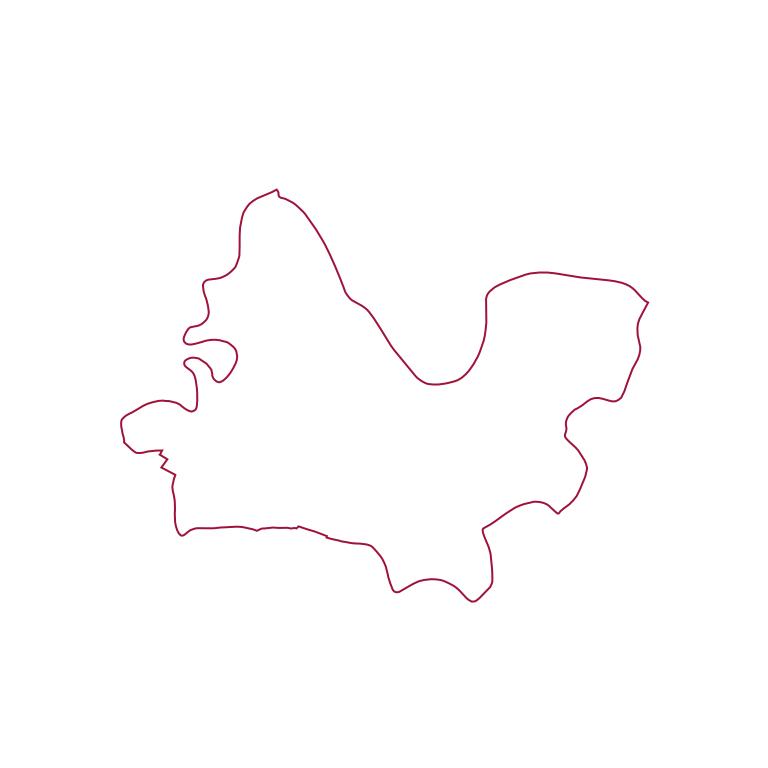 Vinh Bao, Hải Phòng, Vietnam, rotated 319°
{"feature_id": "81297802B55266176914642", "entity_name": "Vinh Bao", "entity_type": "district", "adm_level": 2, "iso_a3": "VNM", "parent_name": "Vietnam", "parent_adm1": "Hải Phòng", "projection": "orthographic", "projection_center": [106.477, 20.681], "detail": "fine", "context": "isolated", "style": "outline", "palette": "rose", "viewbox_px": 768, "rotation_deg": 319, "n_neighbors": 0, "source": "geoboundaries", "source_scale": "gbopen_adm2", "svg_char_len": 6166}
<svg xmlns="http://www.w3.org/2000/svg" viewBox="0 0 768 768"><g transform="rotate(319 384 384)"><path d="M149.5,257.4L150.6,268.2L151.3,271.8L151.9,273.4L153.2,274.8L155.0,276.3L157.4,277.9L160.0,279.2L162.1,280.4L168.5,284.9L172.9,288.6L170.2,289.6L169.6,290.1L168.4,290.2L171.1,298.7L161.2,301.0L166.9,315.7L165.8,316.4L164.4,317.1L162.3,318.5L158.0,321.7L156.5,323.1L155.7,324.3L154.0,326.9L152.9,329.2L151.6,331.4L149.7,334.5L146.1,339.0L143.4,342.2L142.0,343.5L140.2,345.6L135.6,351.4L134.0,354.2L132.9,356.5L132.1,358.4L131.4,360.9L131.2,362.2L131.2,363.7L131.4,365.1L132.1,366.0L133.0,366.5L134.0,366.8L135.1,366.9L139.2,367.0L142.0,367.3L144.7,368.3L147.1,369.4L148.7,370.5L153.1,374.4L154.3,375.5L156.5,377.4L159.3,379.9L161.8,381.9L166.0,384.7L171.3,388.9L173.7,390.7L178.0,394.1L180.4,396.1L182.1,397.8L183.6,399.5L185.3,401.7L189.6,407.5L190.7,409.4L191.8,411.4L196.0,412.6L197.0,413.0L199.3,414.8L203.6,417.8L205.2,418.9L206.6,420.0L209.9,423.4L216.6,429.0L219.0,432.0L220.1,432.8L220.6,433.1L221.4,433.5L221.8,433.8L222.5,434.6L223.3,435.6L226.1,435.4L228.6,439.7L231.0,443.7L235.3,450.5L240.2,459.7L241.1,461.3L239.9,462.2L241.9,465.3L243.6,467.7L247.2,472.5L248.9,475.2L251.8,478.6L253.5,480.8L255.5,483.2L258.2,486.0L259.9,487.5L261.6,489.2L265.1,493.1L266.1,494.4L267.6,497.0L268.1,498.2L268.4,500.3L268.5,506.1L268.4,510.6L268.2,513.1L267.9,515.1L267.1,518.2L266.5,520.3L265.7,522.6L265.2,523.8L264.3,525.4L262.4,529.3L260.1,533.4L259.5,535.0L258.1,538.1L255.9,544.2L255.6,545.2L255.6,547.1L256.2,548.7L257.4,549.9L259.2,550.9L272.6,553.5L274.0,553.8L276.4,554.4L281.0,555.8L285.5,558.1L288.8,560.3L291.7,562.4L294.6,565.1L297.0,567.7L299.0,570.3L300.7,573.5L302.1,576.7L303.6,580.5L304.5,583.2L305.1,586.2L305.5,590.0L305.8,599.6L306.2,602.2L306.8,604.1L307.5,605.8L308.6,606.7L310.2,607.8L312.1,608.1L315.6,608.2L331.0,606.9L334.3,605.4L335.9,604.4L338.7,601.3L342.9,596.2L345.2,593.1L353.0,582.1L355.9,576.1L359.6,564.9L360.1,563.8L360.6,562.4L361.3,560.8L362.7,558.9L363.1,558.5L364.2,558.2L372.1,559.8L377.2,560.5L386.7,561.3L391.6,561.8L401.2,563.2L403.4,563.8L406.9,564.9L411.1,566.6L419.5,571.0L421.0,572.1L423.8,574.9L425.8,577.5L427.0,579.6L428.1,582.0L428.6,584.6L429.6,593.5L430.0,595.5L430.5,596.1L431.3,596.3L433.4,595.8L437.6,595.8L444.8,596.4L451.1,595.9L456.1,594.9L462.7,592.1L475.0,586.0L481.3,581.5L482.3,580.4L484.0,577.0L485.3,573.0L487.0,561.6L486.9,557.2L485.9,548.8L485.7,544.5L486.2,542.3L487.3,541.0L490.3,539.2L492.3,537.6L494.7,533.8L496.7,531.8L499.2,530.3L501.5,529.3L502.9,529.0L505.2,528.7L509.8,528.5L511.2,528.5L512.3,528.8L513.2,529.1L515.8,529.6L519.3,530.1L526.3,530.5L529.9,531.1L532.5,532.2L534.4,533.3L537.0,535.6L539.6,539.0L541.8,542.5L544.3,546.2L546.4,548.3L548.4,549.3L551.3,549.9L554.1,549.9L560.6,547.2L568.7,542.5L581.3,535.7L592.2,531.6L596.4,529.1L599.2,526.9L601.7,524.2L607.6,513.4L611.8,508.2L615.3,505.0L619.5,502.5L626.3,499.8L636.8,495.8L635.6,492.7L635.1,488.1L634.8,477.8L634.5,475.2L633.6,471.2L631.7,466.9L629.7,463.4L625.6,457.8L621.6,453.2L602.3,432.6L585.8,412.8L580.3,406.9L574.4,401.8L567.0,396.6L562.5,394.3L547.2,388.3L537.1,385.1L532.3,383.9L530.5,383.6L524.5,383.5L522.2,383.9L520.5,384.4L519.2,385.1L517.0,386.6L501.6,404.7L496.1,409.9L491.6,413.8L487.7,416.7L477.3,422.7L472.9,424.8L464.9,427.7L461.1,428.7L456.3,429.8L451.7,430.3L447.1,430.3L443.8,429.8L441.6,429.3L438.2,427.9L432.5,425.0L429.5,423.2L425.1,420.3L421.6,417.4L418.7,414.5L417.0,412.5L416.1,411.0L415.2,408.9L414.4,406.8L413.2,401.8L413.0,399.1L413.9,365.4L414.4,359.5L417.7,339.6L419.5,327.0L420.0,320.1L420.0,317.1L419.6,314.5L419.1,312.4L418.7,310.6L415.3,301.3L414.7,299.4L414.5,297.9L414.4,296.1L414.5,294.1L414.6,292.4L415.0,289.9L415.5,288.1L416.3,286.2L419.9,276.3L424.2,263.5L428.0,251.1L431.0,239.7L431.9,235.2L434.1,222.6L435.6,207.8L436.0,203.7L436.0,201.1L435.4,194.6L435.0,191.3L434.6,189.2L434.1,187.3L433.2,185.0L431.4,180.4L430.3,178.4L428.8,176.5L428.2,175.5L427.9,174.4L427.9,173.4L428.3,172.3L429.6,170.8L430.3,169.1L430.5,166.9L425.1,165.6L410.2,160.7L405.0,159.9L400.4,159.8L396.7,160.5L390.5,162.4L386.2,165.1L377.8,171.7L372.6,177.1L369.6,180.5L365.8,184.9L359.4,191.9L357.8,193.2L352.3,196.4L349.1,198.0L347.8,198.4L346.2,198.5L344.8,198.7L339.9,198.8L336.7,198.5L333.6,197.7L330.7,196.8L328.1,195.5L325.7,194.0L320.2,190.2L319.1,189.7L318.2,189.3L316.2,189.1L314.9,189.2L313.6,189.8L312.5,190.3L311.4,191.6L308.5,196.1L306.8,199.9L306.1,202.1L304.7,205.1L302.8,208.8L300.5,212.5L298.9,214.8L297.3,216.3L295.8,217.4L294.5,218.1L292.6,218.8L291.1,219.1L288.4,219.2L286.6,219.2L285.7,219.1L284.3,218.8L282.5,218.3L281.6,217.9L276.4,214.9L274.9,214.1L272.6,214.0L269.2,214.9L267.2,215.7L264.1,217.2L262.1,218.7L261.1,220.4L261.0,222.3L261.1,223.7L262.5,226.0L264.6,227.9L267.1,229.3L269.7,230.7L272.1,231.8L274.3,232.9L277.0,234.0L279.4,235.3L281.4,236.6L283.3,237.9L284.7,239.1L285.9,240.1L288.8,243.3L289.9,245.0L292.5,248.7L293.4,250.5L293.9,252.7L294.3,254.8L294.7,257.5L294.7,259.4L294.0,262.4L291.3,266.9L289.1,268.9L287.1,270.3L285.4,271.2L281.5,272.8L277.4,274.2L274.4,275.0L271.1,275.6L268.5,275.9L264.7,275.9L262.2,275.3L260.8,274.6L260.1,273.8L259.5,272.7L259.1,271.2L258.9,269.9L258.9,268.0L259.3,266.6L259.8,265.1L260.8,264.0L261.2,263.4L261.5,262.8L262.0,262.0L262.4,261.0L262.9,260.3L263.1,259.1L263.3,257.7L263.3,254.9L263.4,253.2L263.4,252.4L263.0,250.8L261.0,243.4L259.7,241.6L257.8,239.4L256.1,238.0L254.5,237.1L252.7,236.5L251.1,236.1L250.0,235.9L248.4,236.1L247.1,237.0L246.3,237.9L245.8,239.1L245.7,240.5L245.9,242.0L247.0,247.1L247.2,250.0L246.9,251.6L246.3,253.7L245.6,255.2L244.7,257.0L243.7,258.7L240.8,263.2L239.6,265.0L237.0,268.4L234.7,271.0L233.0,273.1L231.7,274.5L229.7,276.4L228.1,278.0L226.5,279.1L224.7,279.7L222.4,279.4L220.7,278.5L219.6,277.1L218.8,275.5L217.8,272.8L217.1,269.9L216.3,265.1L214.8,261.8L210.7,256.0L207.7,253.2L206.3,251.5L202.8,248.9L200.0,247.3L196.7,245.6L192.3,243.7L187.5,242.4L181.1,241.3L175.3,240.2L172.1,239.3L169.2,238.7L167.3,238.5L165.0,238.6L162.7,238.9L161.4,239.7L160.4,240.6L159.3,241.9L157.9,243.6L156.7,245.6L153.8,250.6L152.7,253.1L150.7,256.4L149.5,257.4Z" fill="none" stroke="#9f1239" stroke-width="2"/></g></svg>